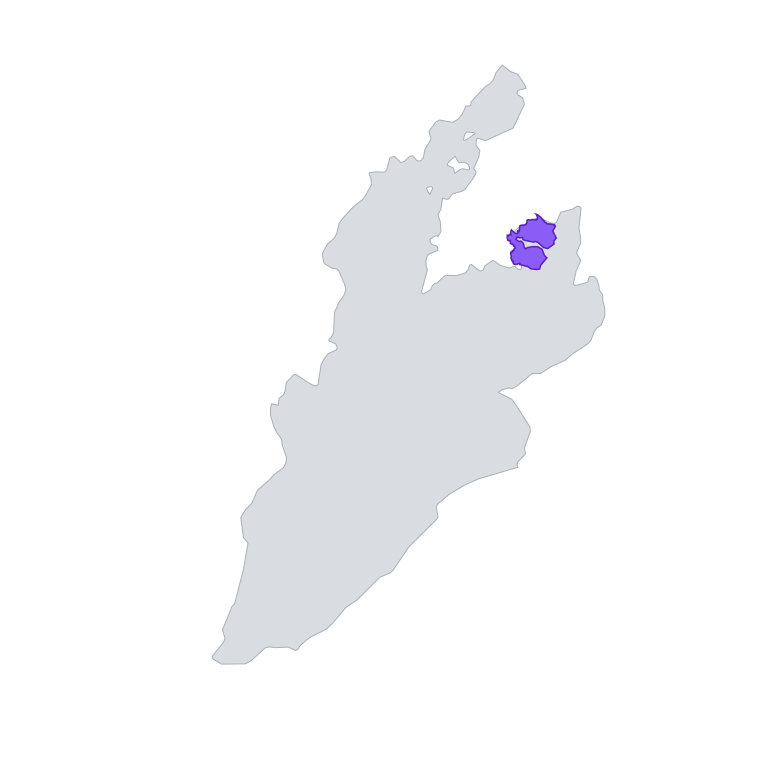 Ala-Buka, Jalal-Abad, Kyrgyzstan (highlighted), rotated 133°
{"feature_id": "92254566B39559079408831", "entity_name": "Ala-Buka", "entity_type": "district", "adm_level": 2, "iso_a3": "KGZ", "parent_name": "Kyrgyzstan", "parent_adm1": "Jalal-Abad", "projection": "mercator", "projection_center": [71.199, 41.407], "detail": "fine", "context": "in_parent", "style": "filled", "palette": "violet", "viewbox_px": 768, "rotation_deg": 133, "n_neighbors": 0, "source": "geoboundaries", "source_scale": "gbopen_adm2", "svg_char_len": 8454}
<svg xmlns="http://www.w3.org/2000/svg" viewBox="0 0 768 768"><g transform="rotate(133 384 384)"><path d="M166.0,461.4L167.9,460.2L173.8,458.9L186.0,457.7L190.1,458.6L198.4,463.6L204.7,463.0L205.9,463.7L208.3,467.9L217.2,461.7L223.5,459.9L226.8,453.7L233.7,446.3L239.5,445.1L239.6,446.3L240.7,447.4L246.7,449.1L248.5,447.1L249.5,444.4L247.4,440.1L247.4,438.3L249.3,435.7L258.8,439.8L260.9,439.7L265.3,437.4L269.3,433.4L270.7,430.2L290.3,419.9L291.7,418.0L291.4,416.6L283.2,414.2L279.5,415.6L276.1,415.6L274.0,414.1L264.1,413.5L261.9,412.4L255.3,404.9L247.1,400.2L243.1,400.5L238.4,402.4L236.9,401.6L236.5,394.5L235.6,390.2L232.7,389.3L229.1,390.9L219.1,388.6L217.9,379.7L214.1,371.9L208.8,368.7L208.6,364.0L206.8,362.0L205.2,362.5L203.1,364.9L204.1,370.1L203.4,375.4L202.2,378.0L199.9,379.9L197.2,380.0L192.7,377.3L192.0,393.1L191.1,394.1L185.6,391.9L181.3,392.8L174.8,391.9L169.9,389.3L160.3,386.3L155.8,383.4L153.1,372.8L150.4,369.0L148.0,368.2L137.9,371.9L127.4,365.4L122.3,364.1L120.9,362.1L121.1,359.7L137.0,347.8L143.2,339.6L147.1,336.2L157.0,332.5L159.3,325.0L160.1,324.1L170.3,320.5L181.6,313.9L181.8,312.0L180.7,310.5L170.5,304.4L165.3,307.2L162.2,303.7L162.2,300.0L165.6,293.8L168.5,290.7L169.7,284.8L173.8,280.8L178.0,274.4L183.2,269.2L192.7,265.3L198.1,266.6L203.1,265.7L210.8,262.5L215.5,262.3L235.4,267.1L242.0,267.3L257.4,273.6L269.5,276.7L275.4,282.8L294.8,285.4L300.1,287.2L302.0,290.1L307.5,293.8L312.2,294.7L308.1,280.2L309.7,271.6L315.9,248.0L319.1,244.5L334.9,237.8L338.5,232.9L349.9,232.9L352.2,232.0L353.5,229.3L388.6,250.0L401.9,255.8L420.3,261.1L435.8,262.9L438.5,261.6L444.7,253.6L447.6,253.2L486.2,254.7L513.8,250.4L517.8,250.6L528.1,255.2L560.7,256.5L573.5,259.5L593.9,258.4L602.4,258.9L617.8,264.7L623.2,266.0L633.3,266.9L637.2,265.9L639.4,267.2L641.6,274.5L651.1,283.8L654.6,288.8L658.1,290.9L676.2,292.4L683.0,294.3L699.6,311.7L701.8,321.9L700.0,324.0L682.3,325.3L678.4,326.8L674.1,334.4L650.3,343.5L646.8,343.3L615.0,360.5L593.1,375.0L592.2,382.0L579.3,397.7L569.7,399.7L561.5,399.3L548.1,404.1L530.9,402.4L525.0,402.7L513.7,400.5L509.2,401.7L504.4,404.9L497.7,417.4L495.0,420.3L493.7,423.2L492.7,429.3L490.2,435.7L484.5,445.4L479.7,450.0L475.2,452.8L471.7,446.9L465.9,451.0L460.4,450.1L457.1,451.3L449.4,456.5L438.2,456.3L437.0,454.5L434.7,440.3L432.8,433.6L431.2,432.1L429.2,431.9L413.0,443.1L405.6,445.1L399.4,445.4L391.4,442.1L389.6,442.9L388.2,444.7L387.7,447.0L390.0,453.4L389.4,454.6L385.7,454.5L380.7,456.0L365.2,469.1L355.4,472.5L346.4,473.8L341.0,476.1L337.9,481.0L332.0,494.4L332.2,497.2L334.7,500.8L336.5,508.9L336.1,511.0L331.2,517.7L325.1,519.7L320.2,520.7L310.9,519.9L306.1,521.2L297.3,526.3L290.1,527.2L276.4,527.3L263.0,525.4L258.6,526.1L246.7,529.1L242.6,533.8L240.5,538.1L239.3,538.7L234.6,534.8L228.5,528.0L225.6,528.0L214.9,533.7L213.3,533.5L210.3,531.3L210.6,522.7L207.2,520.9L199.9,520.4L197.4,518.5L198.2,512.9L197.4,510.8L195.5,509.2L191.7,509.6L184.1,514.3L175.2,515.9L172.1,517.4L168.7,523.5L156.8,524.8L153.0,523.4L145.8,512.1L139.6,510.4L133.3,510.8L124.8,513.7L122.8,511.3L120.6,510.6L118.6,512.6L108.2,512.9L97.6,512.7L91.5,511.3L87.6,511.4L79.7,514.5L70.2,515.1L69.2,504.5L66.2,497.4L69.1,485.6L70.7,481.8L77.9,486.2L80.5,485.4L81.2,483.1L80.1,477.8L83.6,472.1L108.8,464.1L136.7,475.7L140.4,483.2L142.8,482.8L146.7,479.5L147.9,473.1L153.3,469.5L165.3,465.3L166.0,461.4ZM180.3,487.5L180.8,486.4L178.7,480.9L181.6,475.8L175.9,474.9L173.0,473.4L169.8,468.2L168.7,467.9L167.0,469.4L166.1,472.8L166.9,476.5L171.0,480.0L169.1,487.3L177.4,488.2L180.3,487.5ZM151.2,492.5L151.0,491.0L149.0,490.3L138.6,488.2L138.9,489.7L143.0,495.1L146.0,495.4L151.2,492.5ZM213.4,483.1L214.0,479.7L207.7,481.8L207.0,483.5L209.1,485.6L211.8,486.4L213.4,483.1Z" fill="#d9dde1" stroke="#a8b0b8" stroke-width="1"/><path d="M151.2,367.8L151.5,367.8L151.9,367.8L152.1,367.8L152.1,368.3L152.0,368.6L152.1,369.1L152.3,369.6L152.5,369.8L152.8,370.0L153.0,370.2L153.0,370.4L153.0,370.5L153.1,370.8L153.3,370.8L153.5,371.2L153.5,371.4L153.8,371.4L154.0,371.6L154.1,371.8L154.2,372.1L154.2,372.3L154.4,372.6L154.7,372.7L154.9,372.9L155.0,373.1L155.1,373.3L155.6,373.8L155.7,374.0L155.6,374.3L155.7,374.5L155.6,374.9L155.4,375.1L155.5,375.2L155.6,375.3L155.7,375.5L155.7,376.0L155.8,376.4L156.0,376.5L156.1,376.8L155.9,376.9L155.8,377.0L155.7,377.1L155.7,377.6L155.7,377.8L155.5,378.0L155.8,378.2L156.0,378.6L156.0,378.8L155.9,379.0L155.6,379.3L155.5,379.5L155.4,379.7L155.3,380.1L155.6,381.2L155.6,381.5L155.5,382.1L155.5,382.3L155.3,382.4L155.1,382.8L155.0,383.1L155.1,383.4L155.1,383.5L155.3,383.7L155.4,383.8L155.4,384.2L155.3,384.3L155.3,384.8L155.3,385.1L155.3,385.7L155.4,386.3L155.4,386.7L155.5,387.0L155.8,387.7L155.8,388.0L155.9,388.3L156.1,388.6L156.1,388.2L156.5,387.4L156.7,387.0L156.6,386.4L156.7,386.1L156.8,385.9L157.0,385.8L157.3,385.8L157.4,385.7L157.5,385.5L157.7,385.3L157.9,385.2L158.3,385.1L158.4,384.7L158.5,384.6L158.8,384.4L159.2,384.3L159.4,384.4L159.5,384.4L159.7,384.5L159.8,384.5L159.9,384.4L160.0,384.4L160.2,384.7L160.4,384.9L160.5,384.9L160.8,385.3L161.0,385.4L161.0,385.5L161.3,385.7L161.4,385.9L161.5,386.0L161.4,386.1L161.5,386.2L161.5,386.3L161.7,386.5L161.8,386.7L161.8,386.9L162.0,387.0L162.2,387.3L162.3,387.4L162.4,387.6L162.6,387.6L162.9,387.7L162.9,387.9L163.1,388.0L163.3,388.1L163.3,388.3L163.5,388.4L163.8,388.5L164.3,388.8L164.6,388.9L164.8,389.3L165.1,390.1L165.5,390.6L166.2,390.8L166.4,391.0L166.5,391.0L166.5,390.8L167.1,390.6L167.9,389.9L168.2,390.0L168.9,389.5L169.2,389.4L169.9,389.2L170.1,389.2L170.3,389.2L170.5,388.9L170.6,389.0L171.1,389.4L171.8,389.7L172.8,390.0L173.0,390.4L173.5,391.3L174.1,391.7L175.1,392.4L175.7,392.5L176.7,391.9L177.7,390.8L178.0,390.6L178.6,390.6L179.2,389.7L179.7,389.3L180.1,389.3L180.6,390.7L181.0,390.7L181.3,390.4L181.3,389.8L181.3,389.3L181.5,389.1L181.7,388.8L182.2,388.9L182.9,389.5L183.2,389.3L183.8,389.7L184.1,390.3L184.4,392.1L184.3,394.9L184.4,395.1L184.5,395.4L184.5,395.7L184.4,395.9L184.5,395.9L185.3,395.7L185.9,395.2L186.3,394.9L186.6,394.6L187.0,394.2L187.7,394.1L188.4,393.8L188.5,393.3L188.7,393.8L188.7,394.0L189.0,394.0L189.7,394.3L189.9,394.3L189.9,393.9L190.1,393.9L190.4,393.9L190.4,394.0L190.2,394.3L190.5,394.4L190.8,394.3L191.2,395.3L191.6,394.9L192.6,394.1L193.3,393.4L193.8,392.5L194.4,391.5L194.4,391.3L194.5,391.3L194.5,391.2L194.4,391.2L194.3,390.9L194.1,390.9L194.1,390.7L193.9,390.6L194.0,390.6L193.9,390.4L193.7,390.5L193.6,390.4L193.5,390.2L193.5,389.9L193.4,389.9L193.3,389.7L193.3,389.4L193.2,389.4L193.3,389.2L193.2,389.1L193.3,389.0L193.6,388.9L193.7,388.7L193.9,388.7L194.0,388.5L194.0,388.4L194.3,388.2L194.5,388.0L194.9,387.7L194.9,387.2L194.8,386.8L194.7,386.5L194.4,386.3L194.2,386.1L194.4,385.9L194.6,385.4L194.5,385.2L194.2,384.8L193.9,384.5L194.0,384.1L194.2,383.8L194.7,383.4L194.6,383.0L194.4,383.0L194.5,382.2L194.2,382.0L194.2,381.7L194.3,381.5L194.9,381.1L195.2,380.9L195.5,380.8L195.9,380.9L196.3,380.9L196.6,381.0L197.1,380.8L197.2,380.6L197.9,380.0L198.2,380.0L198.3,380.1L198.4,380.3L198.6,380.6L198.7,381.0L198.9,381.0L199.0,381.1L199.3,381.0L199.4,380.8L199.5,380.6L199.8,380.4L199.9,380.2L200.1,380.2L200.2,380.4L200.5,380.8L200.8,380.9L201.0,380.9L201.2,381.1L201.7,380.4L201.8,380.4L201.9,380.6L202.2,380.3L202.5,380.1L202.7,379.8L202.8,379.7L202.9,379.4L203.0,379.1L203.1,378.9L203.3,378.6L203.4,378.4L203.6,377.9L203.9,377.8L204.2,377.8L204.5,377.7L204.8,377.5L205.1,377.3L205.2,377.0L205.2,376.7L205.3,376.5L205.6,376.4L205.7,376.2L205.8,375.9L205.9,375.5L206.0,375.5L206.0,375.4L206.2,375.1L206.3,374.8L206.4,374.7L206.5,374.6L206.5,374.4L206.6,374.2L206.4,374.0L206.4,373.8L206.4,373.7L205.9,373.4L205.9,373.2L206.0,372.9L206.3,372.9L206.6,372.9L206.8,372.7L206.9,372.4L207.0,372.3L207.3,372.3L207.3,372.2L207.2,372.2L207.4,371.7L207.5,371.7L207.7,371.2L207.5,370.9L207.4,370.7L207.5,370.4L207.4,370.3L207.4,370.2L207.2,369.9L207.2,369.5L206.6,368.9L205.9,368.6L205.5,368.3L205.3,368.2L204.9,368.1L204.6,367.9L204.0,367.5L203.7,367.3L203.3,367.2L203.1,367.0L203.1,366.9L203.3,366.9L203.6,366.7L204.1,366.3L204.0,366.1L200.0,358.8L199.5,355.0L196.3,350.6L193.8,348.6L190.4,350.4L180.7,350.9L180.6,354.3L177.6,360.4L178.8,365.2L182.2,369.0L186.5,372.2L188.6,372.4L188.2,375.0L186.1,377.9L186.0,381.2L187.9,382.8L188.3,386.4L185.2,386.5L184.8,384.6L182.4,382.6L183.6,380.8L182.5,378.3L178.2,371.4L176.2,370.2L175.4,367.4L175.4,360.6L173.4,356.7L165.7,355.1L163.8,357.3L159.7,357.6L157.0,364.9L152.0,366.1L151.2,367.8Z" fill="#8b5cf6" stroke="#5b21b6" stroke-width="1.5"/></g></svg>